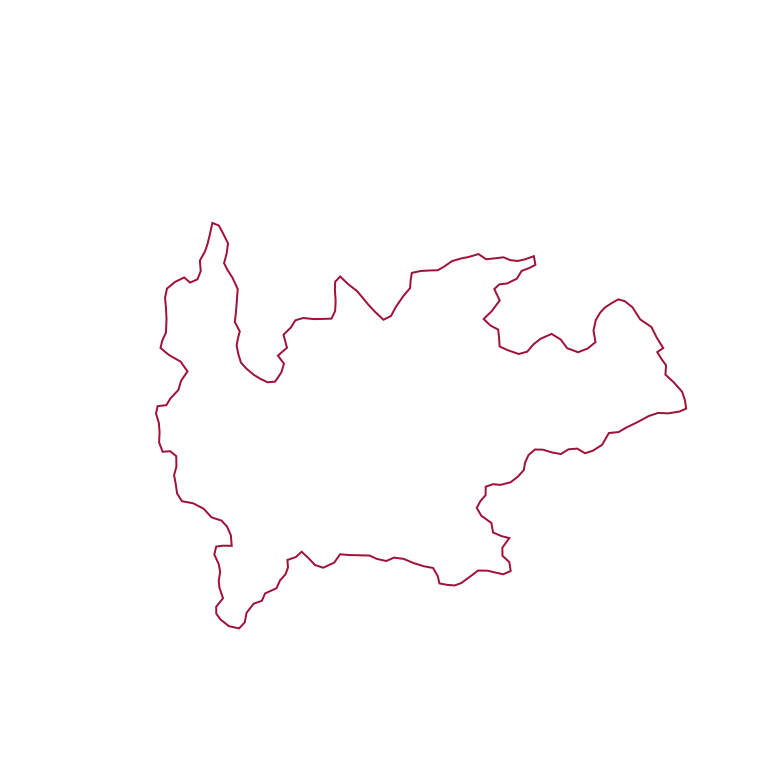 Rio Novo, Minas Gerais, Brazil, rotated 150°
{"feature_id": "56859067B13778291435319", "entity_name": "Rio Novo", "entity_type": "district", "adm_level": 2, "iso_a3": "BRA", "parent_name": "Brazil", "parent_adm1": "Minas Gerais", "projection": "albers", "projection_center": [-43.147, -21.481], "detail": "fine", "context": "isolated", "style": "outline", "palette": "rose", "viewbox_px": 768, "rotation_deg": 150, "n_neighbors": 0, "source": "geoboundaries", "source_scale": "gbopen_adm2", "svg_char_len": 3058}
<svg xmlns="http://www.w3.org/2000/svg" viewBox="0 0 768 768"><g transform="rotate(150 384 384)"><path d="M598.2,257.3L591.6,262.1L579.2,260.9L572.2,265.9L564.5,268.4L558.9,273.1L555.6,279.9L546.9,278.2L539.2,279.9L536.6,271.6L534.3,261.8L528.5,255.3L516.4,254.2L507.2,258.5L499.2,253.0L489.7,247.2L482.3,242.7L477.9,236.4L470.6,229.6L462.1,228.6L454.4,222.7L447.8,214.0L440.5,206.1L433.5,200.2L433.5,190.8L435.7,183.6L429.4,178.2L423.5,174.2L416.7,173.0L407.4,174.0L395.8,175.4L387.6,170.5L381.8,165.0L375.9,159.6L367.8,158.7L364.5,167.1L367.3,176.0L363.3,183.1L352.5,187.9L358.2,193.4L363.8,200.9L360.5,210.0L365.6,221.3L365.6,230.4L359.0,234.4L351.6,236.9L347.3,244.2L339.6,242.7L333.6,238.4L323.4,235.6L314.1,236.9L305.9,239.6L301.0,245.5L294.4,250.2L286.0,251.8L279.4,247.8L272.4,240.4L265.8,234.9L257.0,235.2L248.9,231.4L244.5,223.5L236.4,221.8L225.5,222.3L213.8,229.1L204.9,225.1L195.6,225.1L182.9,224.2L170.7,223.9L161.1,221.9L152.4,216.4L141.8,212.4L134.7,211.6L131.6,219.1L129.7,228.2L132.3,240.9L135.6,251.4L130.4,259.1L131.2,266.9L131.4,275.0L124.2,275.5L124.6,288.1L123.9,299.6L129.8,311.8L130.5,326.3L134.1,335.4L138.9,340.2L146.9,340.2L154.2,339.8L160.9,337.8L168.7,333.4L175.9,325.5L179.9,314.5L189.9,312.9L200.1,314.5L207.5,323.5L208.7,334.1L213.8,343.6L225.8,344.9L234.7,343.6L243.8,340.4L252.3,342.6L260.0,351.5L265.1,358.7L261.1,366.8L257.9,374.0L262.6,381.4L265.2,390.5L254.4,393.2L242.0,398.5L241.0,411.1L234.3,412.6L227.0,409.5L216.3,408.8L208.3,413.1L200.1,411.8L193.3,411.5L190.3,419.8L199.4,421.4L206.7,423.7L212.6,428.0L217.2,434.0L224.7,437.2L233.2,441.0L237.2,449.3L246.9,451.6L254.2,454.1L263.6,456.4L273.5,455.6L280.5,455.6L287.9,459.6L295.9,463.6L304.3,466.3L309.0,460.6L313.5,454.0L323.5,450.4L334.9,445.0L343.9,439.4L352.3,439.9L355.6,450.8L357.9,460.6L359.3,468.9L360.9,478.0L365.2,488.6L368.2,499.0L375.1,497.0L379.5,490.0L384.4,480.0L389.8,471.7L396.8,466.9L403.8,470.6L412.5,475.4L420.9,481.5L428.8,483.5L436.4,479.5L446.4,476.9L449.9,463.9L461.7,461.6L460.5,451.6L467.2,445.3L477.1,440.5L484.1,443.8L488.8,450.8L492.2,457.1L495.4,465.9L497.2,474.0L495.1,483.1L492.5,490.8L488.1,496.1L482.6,501.7L482.2,512.3L476.6,519.8L470.9,528.1L463.2,539.4L462.1,551.7L462.5,560.9L462.1,568.6L455.3,575.4L448.8,583.7L448.1,594.4L447.8,603.8L452.1,609.3L459.9,600.7L466.3,594.0L472.6,588.4L481.8,582.9L486.2,573.5L493.2,567.9L501.2,568.8L503.8,576.2L514.1,576.9L524.3,575.1L530.6,568.0L534.6,559.3L539.8,549.1L547.1,537.6L554.4,532.4L559.5,527.0L555.9,517.0L548.9,504.9L547.9,493.1L558.1,488.3L565.1,481.6L575.8,478.5L583.1,474.5L591.1,478.0L596.2,472.5L598.5,462.7L602.5,454.4L608.0,445.8L609.6,436.0L602.8,432.7L600.0,425.4L605.1,416.2L611.4,410.0L614.3,401.7L617.9,392.7L617.6,383.5L608.9,376.1L602.6,366.2L600.0,354.7L593.0,346.9L591.2,338.9L592.3,329.5L596.8,320.0L604.3,324.5L610.6,327.1L616.2,321.2L617.2,310.6L619.9,303.1L625.4,296.4L628.4,289.8L630.5,279.0L640.7,275.0L644.1,268.9L643.3,261.7L639.4,251.8L631.7,244.8L623.8,247.2L617.4,254.6L606.7,258.9L598.2,257.3Z" fill="none" stroke="#9f1239" stroke-width="2"/></g></svg>